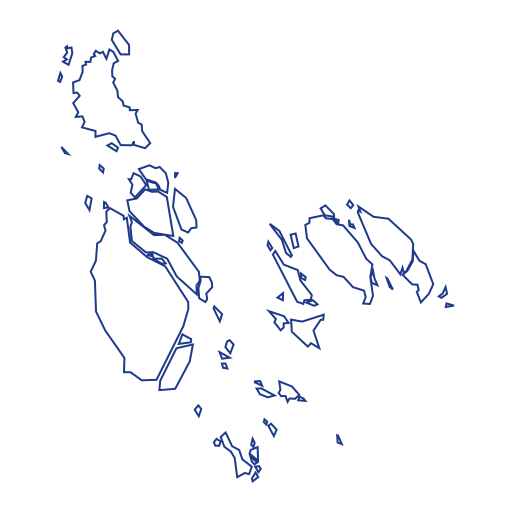 the district of Karimun, Kepulauan Riau, Indonesia
{"feature_id": "22746128B38340908247842", "entity_name": "Karimun", "entity_type": "district", "adm_level": 2, "iso_a3": "IDN", "parent_name": "Indonesia", "parent_adm1": "Kepulauan Riau", "projection": "natural_earth1", "projection_center": [103.573, 0.836], "detail": "fine", "context": "isolated", "style": "outline", "palette": "blue", "viewbox_px": 512, "rotation_deg": 0, "n_neighbors": 0, "source": "geoboundaries", "source_scale": "gbopen_adm2", "svg_char_len": 6069}
<svg xmlns="http://www.w3.org/2000/svg" viewBox="0 0 512 512"><path d="M123.6,215.8L110.1,208.2L106.3,211.5L106.8,222.1L104.0,225.2L105.5,230.7L100.7,241.2L97.2,243.4L95.9,260.7L90.7,271.7L94.9,280.6L96.0,311.5L105.2,330.4L124.4,357.9L124.0,372.2L130.4,372.2L141.8,380.3L156.5,379.8L183.3,326.3L188.3,309.1L188.2,302.0L165.1,266.2L147.2,257.2L130.1,242.6L126.8,217.8L123.9,219.3L123.6,215.8ZM109.4,49.5L106.4,58.8L102.9,51.8L99.9,53.4L95.7,50.8L93.8,54.0L95.2,56.0L91.1,57.5L90.3,61.9L85.5,61.8L86.1,64.6L82.4,65.9L82.7,71.7L79.5,80.1L73.1,82.4L73.5,93.0L77.2,92.6L79.7,95.8L73.2,103.1L78.3,112.3L75.8,116.9L82.4,116.4L84.6,121.8L82.0,127.4L95.5,131.0L95.5,136.8L109.4,133.2L115.5,135.6L120.7,145.1L131.9,145.3L134.0,141.3L134.0,144.9L145.1,148.2L150.2,143.1L142.2,131.2L141.6,124.5L138.2,122.8L135.6,113.6L137.7,110.0L129.8,110.2L129.7,107.4L123.6,105.6L122.8,101.5L118.0,97.0L117.4,90.7L113.2,82.5L115.1,78.8L112.3,76.3L112.1,70.4L113.7,63.3L118.1,60.9L113.3,51.8L109.4,49.5ZM325.8,218.3L323.4,215.3L309.6,218.2L309.4,222.9L305.3,224.9L307.0,238.3L329.5,269.5L336.6,275.2L343.6,276.9L353.0,287.2L364.0,290.6L365.7,296.9L363.2,303.5L369.9,304.0L373.0,296.0L370.3,276.9L372.4,264.4L366.2,258.7L357.8,242.4L343.1,225.4L336.6,224.2L332.7,219.1L325.8,218.3ZM373.5,216.8L358.5,206.5L360.3,211.6L358.3,210.4L357.8,212.4L371.0,243.8L382.0,256.2L389.9,260.4L400.3,274.3L402.5,267.7L403.7,272.6L406.3,271.2L412.4,259.6L413.2,243.9L411.0,239.5L388.4,218.7L373.5,216.8ZM129.5,215.8L131.9,222.3L130.4,226.6L131.9,241.0L145.9,252.4L153.3,252.2L167.2,258.7L176.7,276.4L196.8,294.4L196.5,285.5L199.8,280.6L198.9,271.8L177.4,242.6L164.8,234.8L154.0,235.1L129.5,215.8ZM145.2,189.4L136.7,198.5L127.3,200.3L129.5,211.1L143.9,226.5L154.1,232.9L173.3,236.0L166.8,196.9L158.2,191.6L151.9,191.8L145.2,189.4ZM192.9,344.5L176.5,348.2L160.2,380.8L159.4,390.1L175.2,388.8L189.8,361.3L192.9,344.5ZM419.4,260.8L413.5,250.8L412.8,261.1L407.4,270.8L402.6,274.8L412.2,284.4L417.5,284.7L418.7,290.0L416.8,291.9L420.9,302.4L428.7,294.0L433.3,284.2L425.7,264.2L419.4,260.8ZM196.5,227.5L196.2,220.2L186.2,198.0L175.0,188.9L173.0,206.8L181.5,229.6L188.2,232.5L191.2,228.2L196.5,227.5ZM323.7,314.7L302.2,321.6L291.1,319.6L291.8,331.7L307.9,346.6L311.0,343.2L319.3,348.2L313.5,330.6L320.7,319.8L323.2,319.8L323.7,314.7ZM283.8,264.6L275.3,251.0L272.9,254.6L297.1,301.7L303.2,303.9L304.4,300.3L310.9,299.7L311.8,295.0L300.3,280.3L297.8,270.1L283.8,264.6ZM149.4,165.3L138.9,169.1L145.8,179.2L156.0,182.6L158.9,186.1L160.2,189.8L167.1,192.8L168.3,182.7L165.8,173.2L159.7,167.0L155.6,168.2L149.4,165.3ZM239.2,450.0L232.2,446.3L225.6,432.5L220.7,437.0L224.4,446.8L230.9,451.6L234.7,458.0L237.2,477.2L244.7,473.0L249.1,474.1L251.8,466.7L242.4,459.4L239.2,450.0ZM118.0,30.7L113.3,33.4L111.8,39.9L120.6,54.4L129.1,54.4L129.1,45.0L118.0,30.7ZM209.3,277.1L200.4,276.7L200.6,280.8L198.4,288.1L199.2,298.3L205.4,302.0L207.2,299.0L206.3,293.6L212.2,287.2L211.9,282.5L209.3,277.1ZM133.6,173.2L131.2,179.2L128.8,179.2L132.4,184.6L130.7,192.8L134.9,197.4L146.2,185.2L140.6,176.5L133.6,173.2ZM292.0,386.5L279.2,381.4L280.4,389.7L278.7,393.0L281.1,396.1L285.5,396.0L287.6,401.8L289.5,398.5L295.0,398.8L299.3,394.9L292.0,386.5ZM284.0,316.2L269.0,311.2L275.9,319.0L274.4,322.3L280.6,330.3L283.7,327.4L283.6,323.4L288.6,322.9L284.0,316.2ZM67.0,46.2L65.4,47.6L67.2,52.6L63.7,57.2L66.9,59.4L63.0,61.7L68.6,64.8L72.3,53.2L71.5,47.5L67.6,48.3L67.0,46.2ZM325.4,205.4L320.6,208.4L324.9,215.4L334.1,216.7L333.9,214.0L325.4,205.4ZM261.3,388.4L256.6,388.6L259.9,394.2L267.7,397.3L274.6,395.5L261.3,388.4ZM291.9,255.4L279.3,230.8L269.7,223.8L281.9,239.9L286.0,252.9L290.8,256.9L291.9,255.4ZM146.7,180.8L148.9,189.7L158.7,189.5L156.3,183.6L146.7,180.8ZM258.1,460.7L257.6,447.1L250.6,450.0L249.6,453.7L258.1,460.7ZM230.3,353.3L233.6,344.5L229.7,340.2L227.1,341.5L225.4,347.1L230.3,353.3ZM191.2,339.2L182.4,334.4L178.8,343.9L190.8,342.3L191.2,339.2ZM295.6,233.5L290.6,234.7L293.8,248.1L298.5,246.4L295.6,233.5ZM271.0,423.7L268.3,425.7L273.9,436.1L276.6,429.7L271.0,423.7ZM91.6,198.4L87.3,195.9L85.2,203.0L89.5,210.1L91.6,198.4ZM229.7,357.7L219.6,352.1L222.1,358.7L229.7,357.7ZM219.8,321.3L222.1,314.2L214.3,306.4L213.5,308.2L219.8,321.3ZM118.0,147.7L111.7,143.2L107.4,145.5L116.5,151.2L118.0,147.7ZM377.4,285.2L374.4,278.1L373.1,270.9L370.6,277.5L371.8,282.9L377.4,285.2ZM165.7,263.4L161.8,258.7L152.3,258.6L162.4,263.8L165.7,263.4ZM317.5,304.3L312.8,300.2L306.4,302.6L314.2,305.8L317.5,304.3ZM447.1,293.8L445.6,287.0L442.7,293.5L438.8,296.3L441.4,297.9L447.1,293.8ZM201.2,409.0L198.3,405.4L194.7,409.6L198.8,416.2L201.2,409.0ZM220.6,441.4L216.5,438.9L213.9,442.2L215.2,445.6L219.2,445.8L220.6,441.4ZM255.6,472.5L251.9,478.5L252.7,481.3L258.2,477.1L255.6,472.5ZM282.9,300.2L283.0,293.2L277.5,297.6L282.9,300.2ZM299.5,396.7L298.2,400.3L305.4,400.9L303.4,398.4L299.5,396.7ZM254.4,464.3L257.1,462.6L250.3,456.2L251.7,461.3L254.4,464.3ZM227.4,368.5L225.4,363.4L221.9,363.6L223.1,367.8L227.4,368.5ZM392.9,289.5L387.4,278.5L386.5,277.9L389.7,287.0L392.9,289.5ZM259.0,466.2L255.2,466.6L258.4,472.2L260.8,468.9L259.0,466.2ZM454.0,305.6L446.5,303.4L445.8,307.0L454.0,305.6ZM99.7,165.1L99.2,168.7L103.1,172.4L103.7,168.5L99.7,165.1ZM60.1,82.0L62.2,76.6L60.4,73.0L58.0,80.8L60.1,82.0ZM260.2,381.1L255.1,381.3L254.8,382.3L262.1,385.7L260.2,381.1ZM353.3,205.1L349.5,200.4L347.1,204.7L350.8,208.2L353.3,205.1ZM253.4,447.0L254.7,442.9L252.6,438.7L251.2,444.8L253.4,447.0ZM301.0,273.5L301.4,278.2L305.1,280.0L305.7,277.1L301.0,273.5ZM270.5,250.3L272.3,248.0L268.3,241.7L267.5,245.3L270.5,250.3ZM341.8,444.1L338.0,435.5L337.2,435.2L337.6,442.5L341.8,444.1ZM108.4,207.4L105.5,202.6L104.1,202.0L103.9,208.1L108.4,207.4ZM338.7,220.0L333.7,218.6L338.2,223.5L338.7,220.0ZM348.9,219.8L349.5,226.1L354.5,228.0L352.9,224.4L350.2,224.3L348.9,219.8ZM147.0,254.9L153.1,256.5L152.3,253.9L147.0,254.9ZM181.8,242.9L182.7,240.6L179.7,237.8L179.0,241.1L181.8,242.9ZM175.0,177.9L177.6,173.2L175.2,172.9L175.0,177.9ZM266.2,424.5L267.2,421.6L264.5,419.4L263.8,422.1L266.2,424.5ZM68.2,154.0L61.3,146.9L65.0,153.1L68.2,154.0Z" fill="none" stroke="#1e3a8a" stroke-width="2"/></svg>